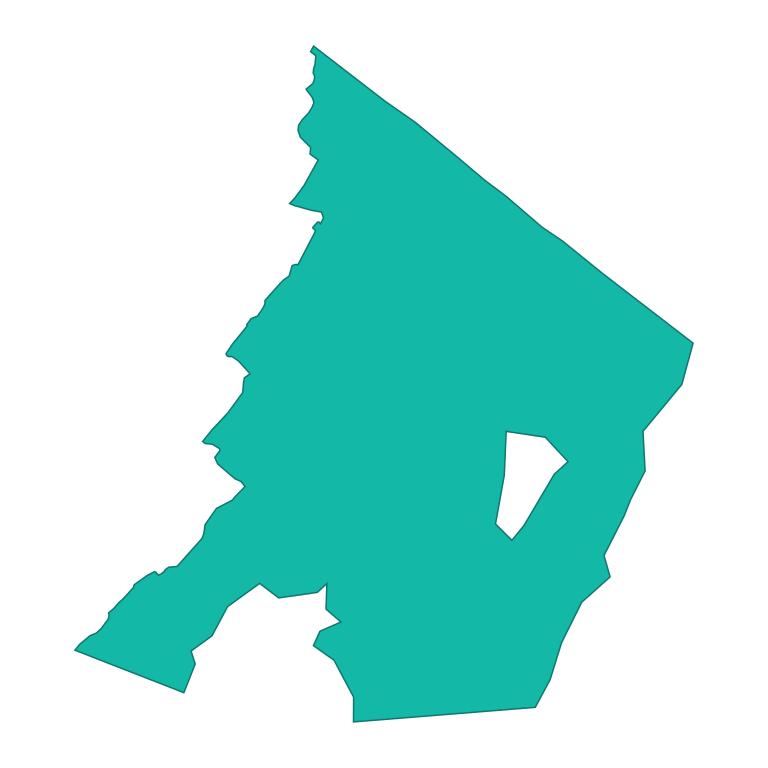 Frederick, Virginia, United States of America
{"feature_id": "52423323B68030863312797", "entity_name": "Frederick", "entity_type": "district", "adm_level": 2, "iso_a3": "USA", "parent_name": "United States of America", "parent_adm1": "Virginia", "projection": "robinson", "projection_center": [-78.349, 39.237], "detail": "fine", "context": "isolated", "style": "filled", "palette": "teal", "viewbox_px": 768, "rotation_deg": 0, "n_neighbors": 0, "source": "geoboundaries", "source_scale": "gbopen_adm2", "svg_char_len": 1990}
<svg xmlns="http://www.w3.org/2000/svg" viewBox="0 0 768 768"><path d="M693.1,343.2L636.4,299.5L634.4,298.0L601.6,272.7L562.7,241.2L541.8,227.0L506.5,196.6L484.7,180.2L456.5,156.4L415.4,122.4L384.9,101.1L313.6,46.1L310.6,51.7L315.8,55.7L315.0,64.5L313.6,68.7L313.2,73.2L314.7,76.2L314.1,80.6L312.7,83.6L306.1,89.2L312.5,97.9L313.9,102.7L312.0,107.4L308.5,113.1L302.0,120.0L298.7,125.0L298.0,130.2L300.4,137.3L310.7,147.5L310.0,154.0L318.2,160.0L304.1,185.4L294.7,198.2L289.6,203.6L295.1,205.8L311.5,210.3L321.5,212.1L323.3,217.4L322.9,219.3L320.5,223.8L319.0,222.0L317.6,222.1L313.1,227.0L312.8,228.0L315.5,230.5L314.4,233.3L299.2,262.3L297.8,264.8L296.0,264.4L292.2,265.5L289.1,276.1L283.9,279.7L280.1,283.5L266.6,298.6L264.9,300.7L265.0,303.7L263.1,307.9L257.5,316.1L251.1,318.6L246.8,324.6L247.3,325.3L246.2,327.2L232.3,344.3L226.0,353.8L227.0,355.9L230.0,356.8L231.8,356.4L238.5,361.0L249.8,373.5L249.9,373.9L244.4,377.8L243.5,382.5L242.7,392.6L227.9,412.8L220.5,420.8L215.7,425.9L213.4,428.3L211.8,430.1L210.6,431.6L204.7,438.9L202.7,441.5L205.1,443.5L212.2,444.2L219.4,448.5L220.1,450.2L214.8,457.5L217.7,464.0L235.0,478.8L241.1,481.5L245.0,486.6L234.2,497.6L232.6,500.0L216.5,508.4L205.1,524.6L203.8,533.9L201.8,538.7L177.0,566.5L168.8,567.2L165.3,569.6L164.4,571.3L160.9,574.1L158.3,575.1L155.9,572.3L154.6,571.6L147.5,575.3L134.3,584.7L133.3,587.7L123.1,598.9L118.6,602.9L113.8,608.5L108.5,613.0L109.1,615.6L108.1,619.3L100.9,628.9L96.3,633.1L90.1,635.6L79.7,644.3L74.9,650.2L183.9,692.7L195.2,664.0L191.1,651.0L212.0,635.8L227.6,606.6L259.6,583.4L278.7,597.9L317.3,592.4L326.9,583.5L326.0,609.1L340.9,622.0L320.0,631.2L313.4,645.6L334.1,660.3L353.6,697.1L353.5,721.9L535.3,707.3L550.1,679.7L561.6,642.6L581.8,602.1L610.1,576.9L604.0,555.5L624.2,515.8L630.5,499.8L645.1,470.9L643.0,431.3L681.8,384.5L693.1,343.2ZM504.3,475.2L506.2,431.4L545.3,437.2L568.0,461.7L554.3,474.2L523.9,525.6L511.9,540.3L495.5,524.0L504.3,475.2Z" fill="#14b8a6" stroke="#0f766e" stroke-width="1.5"/></svg>